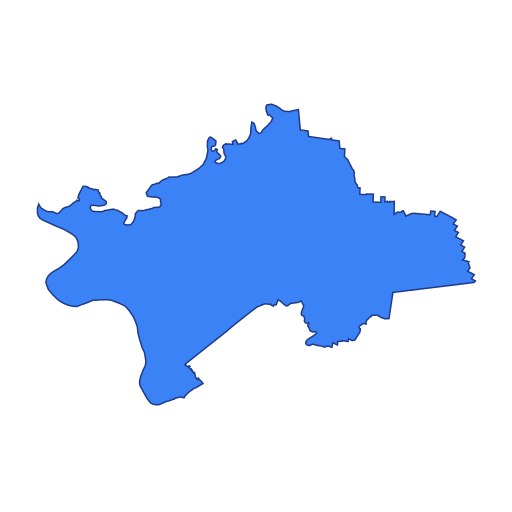 the district of Chacaltianguis, Veracruz, Mexico, rotated 272°
{"feature_id": "50627088B48878953618841", "entity_name": "Chacaltianguis", "entity_type": "district", "adm_level": 2, "iso_a3": "MEX", "parent_name": "Mexico", "parent_adm1": "Veracruz", "projection": "natural_earth1", "projection_center": [-95.805, 18.211], "detail": "fine", "context": "isolated", "style": "filled", "palette": "blue", "viewbox_px": 512, "rotation_deg": 272, "n_neighbors": 0, "source": "geoboundaries", "source_scale": "gbopen_adm2", "svg_char_len": 6077}
<svg xmlns="http://www.w3.org/2000/svg" viewBox="0 0 512 512"><g transform="rotate(272 256 256)"><path d="M237.2,475.0L238.8,476.1L240.7,472.1L245.0,474.8L248.1,468.1L251.6,470.3L256.2,468.5L257.8,469.0L259.2,462.5L261.2,464.5L262.2,464.7L266.1,464.8L267.8,461.6L272.1,464.2L274.1,460.2L278.4,462.8L282.2,454.9L286.6,457.5L288.5,453.4L292.9,456.2L294.9,452.0L299.1,454.8L301.3,450.7L307.1,438.6L301.5,435.2L302.2,433.1L306.8,433.4L307.0,429.0L303.3,428.8L304.2,411.7L303.8,409.7L301.1,404.4L306.4,401.6L306.3,400.9L304.6,399.0L304.9,396.0L302.5,392.6L315.4,392.3L315.1,389.7L315.2,387.7L314.6,387.8L314.3,386.2L314.5,385.4L315.2,385.3L314.8,382.9L319.5,382.8L319.5,378.8L314.0,378.9L314.0,371.1L321.9,371.1L321.8,364.3L321.2,364.3L321.2,357.6L327.7,357.6L327.6,355.5L330.6,354.6L331.6,353.7L334.1,352.2L337.2,352.0L339.4,351.3L342.8,351.3L345.1,350.6L346.4,349.2L348.5,348.2L353.2,345.4L355.1,344.6L358.6,340.9L366.1,341.1L366.5,336.0L373.9,335.1L374.7,327.4L376.3,327.3L375.1,324.5L377.3,304.3L382.8,303.6L383.5,295.9L403.8,293.3L402.3,286.9L401.5,284.4L401.6,281.6L401.5,280.3L402.6,277.0L404.5,274.6L406.3,271.6L408.2,266.4L408.1,265.0L407.7,264.1L407.4,261.6L405.5,260.7L403.6,260.9L402.9,260.8L401.1,261.5L400.9,261.3L398.2,262.6L397.8,262.6L397.0,263.3L397.5,264.1L397.0,265.3L394.3,267.9L393.7,267.9L392.7,267.1L391.2,266.7L390.3,266.0L386.6,262.9L383.6,259.7L381.4,257.9L379.4,256.9L378.5,255.7L379.0,254.2L380.8,252.3L382.1,251.4L384.5,251.0L388.5,249.4L389.7,247.2L384.7,246.5L377.9,246.4L373.3,244.5L370.8,242.8L368.2,239.3L367.6,237.8L368.1,237.4L367.4,236.4L367.2,233.7L368.3,233.6L371.3,231.6L369.5,228.4L366.8,229.2L367.0,222.0L366.6,222.1L366.4,220.9L365.8,219.8L363.7,218.6L361.6,220.0L357.2,220.6L354.1,222.4L353.2,222.5L349.9,221.0L347.4,217.4L347.1,216.2L347.1,215.2L347.5,213.5L348.6,211.7L349.7,212.0L350.7,213.2L351.7,214.8L351.9,215.9L354.2,217.3L355.7,216.4L358.2,213.4L359.4,213.2L361.0,213.6L361.8,212.2L361.3,211.6L360.5,211.4L359.4,210.2L359.3,209.0L360.0,207.8L360.5,207.6L363.5,207.8L364.1,208.7L364.5,210.7L365.6,211.7L369.5,212.0L372.7,207.5L373.3,206.3L372.9,205.3L369.4,203.5L363.2,203.6L360.0,204.3L351.5,202.9L347.5,200.8L345.9,200.2L342.0,196.5L336.7,188.8L335.9,187.1L335.3,185.5L334.8,182.3L334.1,179.0L332.2,174.3L331.8,166.0L331.0,165.3L328.9,160.5L327.3,158.2L325.2,156.3L325.4,154.8L324.1,152.0L323.6,150.0L323.1,149.4L321.5,148.1L320.0,147.3L315.5,144.1L312.3,145.2L311.9,145.7L311.5,148.5L311.3,152.9L311.5,153.8L310.7,156.8L309.0,158.9L307.3,158.6L304.2,159.5L303.2,158.8L301.9,158.4L301.6,158.0L301.3,156.7L301.0,152.6L299.9,150.4L299.3,148.1L298.7,147.3L298.7,145.7L297.4,142.1L297.4,136.7L295.8,135.3L294.8,134.7L294.4,134.1L289.8,133.7L289.0,133.2L287.1,132.7L285.7,132.0L283.1,129.9L282.7,128.5L282.6,127.1L282.6,124.7L283.1,123.3L284.0,122.6L287.7,124.3L289.1,125.4L291.6,125.8L291.7,124.6L293.3,122.0L294.5,120.8L295.8,117.7L296.9,116.3L296.8,114.8L297.9,112.2L297.2,108.0L296.7,106.8L296.3,103.6L295.1,101.2L294.8,99.1L294.9,91.7L295.4,90.6L296.3,89.6L297.5,88.9L299.2,88.6L299.7,88.7L300.7,89.7L301.0,91.0L300.8,94.9L300.4,96.4L301.1,101.0L301.5,102.4L302.2,103.6L303.3,104.6L303.9,104.7L305.2,104.4L307.6,101.0L307.6,100.6L308.2,100.0L310.1,99.2L312.3,97.3L313.1,97.9L315.0,96.2L315.6,95.9L316.1,96.1L316.6,95.5L317.0,92.5L316.9,91.8L316.4,91.6L316.4,91.4L317.0,90.9L317.0,90.5L317.6,89.5L317.6,88.4L317.8,87.5L318.7,86.2L318.3,85.7L319.1,85.4L319.6,84.0L319.5,81.5L319.7,80.8L314.4,78.2L311.0,76.7L307.6,76.0L306.9,77.4L305.3,77.5L304.9,76.6L305.1,76.1L305.1,75.4L305.5,74.9L304.4,74.3L302.6,71.5L299.8,68.6L298.7,66.5L297.9,63.7L296.6,61.4L292.0,57.5L291.4,56.0L291.9,54.1L292.9,52.2L293.2,50.1L293.0,47.5L293.4,45.0L296.2,39.8L298.3,38.1L300.3,37.0L296.1,35.9L290.9,36.1L288.0,37.3L286.1,38.9L284.4,41.8L278.9,55.2L276.1,62.6L272.7,69.3L270.6,72.8L268.7,75.1L266.3,76.6L263.3,77.7L258.4,78.3L254.0,76.9L247.7,71.3L240.5,64.3L237.1,60.0L233.7,54.4L231.2,51.2L228.7,49.0L225.5,47.5L222.2,46.9L215.2,49.7L210.3,54.1L205.8,59.1L204.0,61.6L202.0,65.4L200.6,69.1L199.7,72.7L199.3,75.9L199.3,79.0L201.0,82.5L202.3,86.2L205.6,93.7L206.3,94.7L206.1,97.6L206.6,100.1L207.1,107.5L206.9,112.3L203.9,121.3L201.4,127.0L197.1,131.1L191.4,135.3L186.6,137.7L181.3,139.8L175.0,140.8L169.5,142.3L160.3,145.5L156.0,147.8L151.6,148.8L147.5,149.5L144.4,149.5L141.9,149.0L138.9,147.5L131.2,144.8L127.7,144.2L125.3,144.0L122.2,144.7L109.8,152.1L107.3,154.1L105.3,156.0L104.2,158.7L103.8,162.5L104.3,165.0L107.4,171.3L108.5,175.0L109.6,177.4L110.0,179.2L111.1,180.3L111.9,183.2L112.5,186.2L111.7,189.0L113.5,189.9L117.5,193.5L121.3,198.3L122.4,200.7L126.7,207.5L127.5,207.0L131.1,203.3L130.5,202.5L131.9,202.4L131.1,200.9L133.3,199.6L137.4,198.7L136.9,197.6L139.4,196.4L139.1,195.8L140.9,195.2L140.5,194.4L141.9,193.1L143.4,193.9L143.9,193.0L142.8,191.8L144.3,190.0L144.1,189.4L145.0,188.8L145.4,188.9L179.5,229.0L184.4,234.2L200.1,252.7L205.2,259.0L208.2,265.8L208.5,267.1L208.2,272.5L207.7,272.5L206.5,275.2L208.1,275.9L207.9,277.9L213.0,279.5L211.8,281.9L208.2,286.3L207.2,288.0L207.1,288.3L207.5,289.4L209.9,292.5L210.8,298.3L211.7,301.2L212.7,302.7L211.8,303.4L208.0,305.3L206.5,305.2L202.3,303.6L199.8,303.3L199.0,303.4L198.5,303.9L197.8,304.9L197.6,306.0L194.5,307.0L192.9,306.5L191.7,307.1L190.9,307.7L190.8,308.3L190.7,309.2L190.9,311.0L190.5,311.3L188.8,310.2L187.7,310.2L186.1,311.5L183.4,312.5L182.7,313.4L182.0,315.6L182.4,317.8L182.0,319.1L180.7,319.1L178.2,316.1L174.3,310.4L171.8,308.8L170.6,308.7L169.5,309.3L168.7,310.6L168.4,311.8L168.4,312.9L169.8,315.2L169.6,317.5L168.5,321.2L168.7,322.5L168.5,323.9L167.6,326.7L167.4,328.4L168.4,328.9L168.4,331.8L167.3,335.0L172.0,335.9L169.9,340.5L173.4,340.6L173.9,345.1L174.4,345.2L173.8,351.1L176.6,351.4L174.8,355.0L175.3,357.6L183.0,362.2L184.7,362.7L187.0,362.8L187.5,361.8L188.2,361.4L189.4,361.8L191.5,364.4L192.2,365.5L191.8,368.4L194.3,368.2L195.7,369.0L198.3,371.4L199.6,373.2L200.6,373.6L200.8,374.5L201.0,377.4L201.4,378.2L201.3,378.8L198.9,383.3L197.9,386.5L197.7,387.3L198.1,391.1L224.4,394.1L237.2,475.0Z" fill="#3b82f6" stroke="#1e3a8a" stroke-width="1.5"/></g></svg>